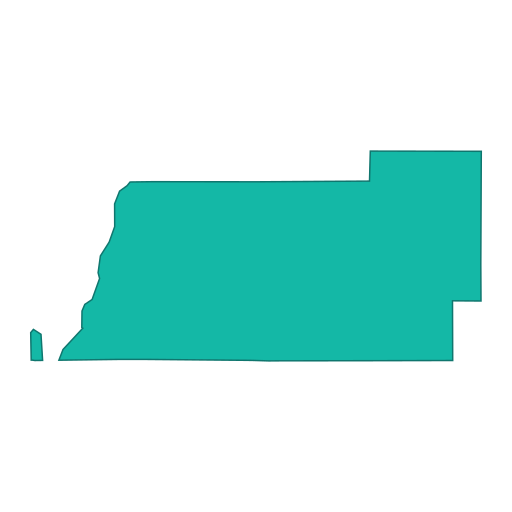 Pasco, Florida, United States of America
{"feature_id": "52423323B1474651347139", "entity_name": "Pasco", "entity_type": "district", "adm_level": 2, "iso_a3": "USA", "parent_name": "United States of America", "parent_adm1": "Florida", "projection": "natural_earth1", "projection_center": [-82.587, 28.325], "detail": "fine", "context": "isolated", "style": "filled", "palette": "teal", "viewbox_px": 512, "rotation_deg": 0, "n_neighbors": 0, "source": "geoboundaries", "source_scale": "gbopen_adm2", "svg_char_len": 656}
<svg xmlns="http://www.w3.org/2000/svg" viewBox="0 0 512 512"><path d="M145.6,359.4L245.2,360.3L252.4,360.4L268.8,360.9L281.1,360.8L290.4,360.8L366.1,360.7L452.7,360.5L452.5,300.8L481.0,301.0L480.8,264.3L480.9,241.8L481.3,151.3L370.3,151.1L369.5,181.1L257.2,181.8L151.9,181.7L130.1,182.0L127.1,185.7L119.6,191.1L114.6,203.9L114.7,226.6L109.2,242.0L107.9,244.1L100.4,255.9L98.1,272.7L99.6,278.5L92.1,299.5L84.8,304.4L82.0,311.0L81.8,327.5L82.8,328.2L63.0,349.5L58.9,360.2L118.6,359.4L133.8,359.4L145.6,359.4ZM42.6,360.4L41.0,334.3L33.4,329.4L30.7,332.6L31.2,360.1L32.3,360.1L34.8,360.5L42.6,360.4Z" fill="#14b8a6" stroke="#0f766e" stroke-width="1.5"/></svg>